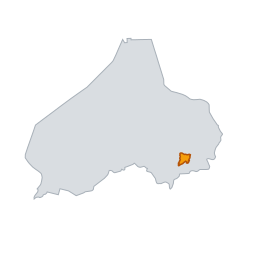 location of Koysinjaq, Arbil, Iraq, rotated 104°
{"feature_id": "34846034B1648663074204", "entity_name": "Koysinjaq", "entity_type": "district", "adm_level": 2, "iso_a3": "IRQ", "parent_name": "Iraq", "parent_adm1": "Arbil", "projection": "mercator", "projection_center": [44.518, 36.037], "detail": "fine", "context": "in_parent", "style": "filled", "palette": "amber", "viewbox_px": 256, "rotation_deg": 104, "n_neighbors": 0, "source": "geoboundaries", "source_scale": "gbopen_adm2", "svg_char_len": 4467}
<svg xmlns="http://www.w3.org/2000/svg" viewBox="0 0 256 256"><g transform="rotate(104 128 128)"><path d="M103.6,41.0L105.4,40.5L108.8,37.6L110.8,35.0L111.4,34.8L113.2,35.6L114.4,35.9L117.4,34.9L119.1,35.4L120.6,36.1L121.4,36.1L125.3,37.8L126.3,38.0L128.3,38.2L131.3,38.2L133.3,37.2L134.6,36.1L135.6,36.2L136.5,36.4L137.3,36.8L138.0,37.6L138.3,38.7L138.2,42.3L138.5,43.2L139.0,43.9L139.7,44.0L140.5,43.3L141.9,42.1L143.7,40.9L145.0,39.8L145.7,39.4L146.9,39.4L148.1,39.6L148.7,40.2L148.7,40.3L149.3,42.0L150.9,48.2L151.8,49.0L152.8,49.7L153.5,50.6L153.8,51.5L153.7,52.9L153.7,54.6L154.1,55.9L154.7,56.8L155.2,57.3L156.0,57.4L157.0,57.6L157.6,58.6L159.7,65.6L159.9,66.5L160.8,66.8L162.2,66.6L163.7,67.4L165.2,68.5L166.7,70.6L167.7,71.0L170.8,70.6L175.0,71.0L177.0,72.1L176.8,72.7L175.3,73.5L172.6,74.4L171.8,75.9L171.3,77.8L171.4,78.9L172.1,80.1L174.0,82.5L174.1,83.3L174.4,84.5L174.8,85.4L174.4,86.9L172.7,88.0L170.4,89.2L165.8,94.5L165.5,95.6L165.5,98.7L165.1,99.6L163.6,99.6L162.5,99.4L162.5,100.5L161.7,101.9L161.3,103.2L163.0,106.2L163.3,107.7L163.0,109.2L161.5,111.6L160.6,113.3L160.8,113.6L162.0,114.3L165.8,119.7L167.0,121.6L168.5,121.1L169.1,121.1L169.6,121.4L169.9,122.0L169.9,122.9L169.5,124.1L171.5,124.6L172.2,125.8L174.6,130.0L174.5,131.2L173.4,133.2L173.4,134.5L173.6,135.6L174.0,136.0L177.5,136.2L178.9,136.7L182.6,138.8L186.7,142.1L190.0,144.7L192.9,147.0L196.0,146.8L196.8,147.2L197.6,147.9L198.5,149.8L200.2,154.0L201.7,155.4L204.0,158.7L206.2,161.9L204.8,166.1L203.4,170.5L203.4,176.2L203.4,179.3L206.3,179.4L209.6,179.5L209.6,183.2L209.6,186.8L209.6,191.0L210.6,191.1L212.1,192.0L212.8,193.4L213.6,194.1L214.6,194.2L215.6,194.9L216.5,196.1L216.9,197.0L216.6,197.6L216.8,198.7L217.5,200.3L218.3,201.0L219.6,201.9L217.9,202.4L216.0,202.0L212.0,200.2L210.7,200.1L209.0,200.8L209.0,201.4L204.8,199.4L203.2,199.0L202.7,199.0L200.3,199.0L196.8,199.3L194.8,200.2L193.4,201.0L192.8,201.9L192.5,202.4L191.4,204.9L190.2,208.1L188.9,211.1L186.3,215.2L184.9,217.0L181.8,220.5L178.6,221.2L170.9,220.6L162.5,219.8L154.1,219.0L147.8,218.5L147.3,218.3L141.1,213.3L136.2,209.3L130.1,204.3L123.9,199.3L117.6,194.1L113.0,190.3L107.4,185.5L102.3,181.1L98.3,177.6L93.1,174.5L89.1,172.1L83.2,168.6L78.6,165.8L74.5,163.4L68.4,159.7L66.3,158.7L59.9,157.4L53.8,156.4L47.5,155.3L43.4,154.6L46.1,151.9L45.3,149.5L43.3,150.0L41.4,150.6L40.3,146.8L41.7,146.4L40.4,141.5L39.0,136.6L37.7,131.7L36.4,126.8L41.7,123.6L45.7,121.2L51.2,117.8L56.6,114.6L61.7,111.5L67.3,108.1L72.3,105.1L76.9,103.8L77.9,102.9L80.0,98.7L81.8,95.1L81.9,94.3L81.9,89.2L82.2,83.3L82.8,80.0L83.8,77.2L84.8,75.1L84.9,73.2L84.7,71.2L83.8,68.2L82.7,65.1L82.8,62.1L83.0,60.5L83.7,57.9L84.8,56.0L85.9,54.9L90.3,53.7L92.9,52.9L96.4,49.6L98.5,47.6L101.3,44.4L103.4,42.1L103.6,41.3L103.6,41.0Z" fill="#d9dde1" stroke="#a8b0b8" stroke-width="1"/><path d="M152.3,69.9L152.3,69.6L152.2,69.4L151.8,69.1L151.2,68.6L150.8,68.2L150.3,67.6L149.6,66.6L149.4,66.4L149.1,66.1L148.4,65.8L148.0,65.5L147.7,65.2L147.3,64.9L146.9,64.5L146.8,64.4L146.7,64.4L146.3,64.0L146.6,63.7L146.7,63.2L146.7,62.9L146.9,62.7L147.0,62.5L147.7,62.7L147.8,62.4L147.8,62.1L147.7,61.8L147.4,61.4L147.1,61.1L146.9,61.1L146.7,61.0L146.4,60.9L146.2,60.9L146.2,61.0L145.6,61.2L145.5,60.8L145.1,60.7L144.8,60.6L144.7,60.6L144.5,60.8L144.5,61.1L144.5,61.3L144.0,61.3L143.4,61.1L143.0,61.0L142.5,60.9L142.2,60.9L142.2,61.1L142.1,60.8L141.8,60.8L141.6,60.8L141.1,60.8L140.9,60.8L140.8,61.0L140.4,61.3L140.0,61.3L139.8,61.2L139.6,61.0L139.3,61.0L139.1,61.3L138.8,61.2L138.7,61.7L138.8,61.9L138.7,62.3L138.9,62.6L139.0,62.7L139.1,62.8L139.1,63.0L139.3,63.4L139.4,63.5L139.5,63.8L139.7,64.1L139.7,64.3L139.7,64.5L139.6,64.8L139.6,65.0L139.6,65.3L139.6,65.5L139.6,65.9L139.6,66.1L139.7,66.3L139.8,66.4L139.9,66.7L140.0,66.9L139.9,67.2L139.9,67.5L139.7,68.2L139.6,68.4L139.5,68.8L139.4,68.9L139.4,69.1L139.3,69.3L139.3,69.5L139.3,69.8L139.4,70.0L139.4,70.4L139.4,70.5L139.5,70.7L139.6,70.9L139.7,71.1L140.0,71.3L140.3,71.4L141.1,71.0L141.8,71.2L142.0,71.0L142.1,70.9L142.3,70.7L142.5,70.5L142.9,70.4L143.2,70.4L143.3,70.3L143.5,70.2L143.8,70.3L144.0,70.4L144.5,70.5L144.8,70.5L145.0,70.4L145.1,70.2L145.3,70.0L145.5,69.9L145.8,69.9L146.0,69.6L146.3,69.6L146.5,69.8L146.8,69.9L147.0,69.8L147.3,69.8L147.5,70.0L147.8,70.0L148.2,70.0L148.5,70.2L148.9,70.1L149.2,70.3L149.5,70.4L149.6,70.2L149.9,70.0L150.0,70.3L150.1,70.5L150.9,70.3L150.9,69.8L151.2,69.6L151.7,69.9L151.9,70.0L152.2,70.0L152.3,69.9Z" fill="#f59e0b" stroke="#b45309" stroke-width="1.5"/></g></svg>